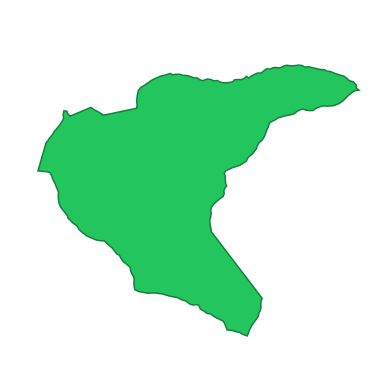 Tapejara, Paraná, Brazil, rotated 96°
{"feature_id": "56859067B72466518477153", "entity_name": "Tapejara", "entity_type": "district", "adm_level": 2, "iso_a3": "BRA", "parent_name": "Brazil", "parent_adm1": "Paraná", "projection": "natural_earth1", "projection_center": [-52.903, -23.641], "detail": "fine", "context": "isolated", "style": "filled", "palette": "green", "viewbox_px": 384, "rotation_deg": 96, "n_neighbors": 0, "source": "geoboundaries", "source_scale": "gbopen_adm2", "svg_char_len": 2962}
<svg xmlns="http://www.w3.org/2000/svg" viewBox="0 0 384 384"><g transform="rotate(96 192 192)"><path d="M329.4,122.1L326.0,121.0L323.2,120.5L318.2,118.4L311.6,114.6L308.7,113.1L305.5,112.8L302.9,111.8L300.5,111.3L293.9,112.0L290.4,111.1L253.2,146.2L234.4,164.0L229.8,168.4L221.5,170.8L218.1,171.4L214.8,170.8L210.7,170.7L207.7,171.5L204.8,170.9L202.0,169.2L199.6,167.2L196.1,163.9L193.2,160.6L190.3,159.8L187.7,160.5L184.6,159.6L182.3,158.1L179.6,159.6L172.8,160.6L170.0,161.8L167.5,160.8L163.8,154.7L161.7,150.0L160.5,147.2L157.6,143.7L155.7,141.1L153.3,140.5L151.1,139.3L149.4,137.3L146.9,135.3L142.2,132.4L139.9,132.2L136.2,130.6L133.2,127.8L130.3,126.3L127.3,125.2L122.1,124.0L119.5,122.9L116.7,122.5L114.6,121.6L111.1,116.2L109.4,114.3L108.1,111.1L106.9,108.4L105.0,102.2L103.4,98.4L100.9,96.0L99.1,93.3L97.9,90.1L98.7,87.5L98.8,83.9L98.3,80.1L95.8,77.3L94.0,74.0L92.6,70.3L92.5,66.2L91.3,60.1L88.9,55.4L86.8,52.6L84.3,50.3L81.4,48.0L79.5,46.5L77.5,44.2L75.0,41.8L73.9,39.5L73.3,36.6L71.3,39.6L68.4,39.9L65.6,43.0L64.8,47.4L62.7,49.9L60.8,53.3L60.1,58.1L59.0,62.6L57.7,67.2L57.8,70.1L56.4,73.6L56.8,76.8L56.4,80.0L55.9,84.4L55.2,89.5L56.0,92.4L54.7,95.9L54.6,99.2L55.3,101.9L56.1,106.1L56.1,111.3L57.5,114.6L59.4,117.5L59.4,120.9L59.7,123.9L61.6,127.1L61.7,130.6L63.8,133.1L66.4,135.6L66.8,139.2L68.4,141.9L70.2,144.7L72.7,147.7L71.2,150.0L73.4,151.8L75.1,154.7L75.3,157.9L75.9,161.3L78.3,163.3L79.3,167.0L80.1,171.7L79.8,175.4L78.5,178.3L79.2,182.1L78.1,185.2L78.1,188.7L80.2,193.2L79.5,196.1L78.0,198.8L78.3,202.3L77.3,205.6L76.7,209.5L76.9,213.3L76.2,216.3L76.6,220.1L77.4,223.4L76.4,226.0L77.9,229.5L79.1,232.4L80.1,235.6L81.8,238.3L84.5,243.1L87.8,246.9L91.3,251.0L93.3,253.8L96.7,256.0L100.8,256.4L104.4,256.6L107.7,256.5L111.3,255.7L114.5,255.8L124.8,287.8L121.8,294.4L120.7,297.4L118.4,301.4L129.3,321.1L127.3,323.6L124.7,324.9L124.7,327.9L128.6,328.2L132.6,327.4L136.7,329.2L140.0,331.2L144.0,333.7L146.2,335.4L149.1,336.5L153.6,339.6L156.2,340.8L158.4,342.3L187.1,347.4L187.1,343.5L187.0,338.9L187.4,335.6L190.5,333.2L193.4,332.0L195.6,330.7L198.2,329.0L201.1,327.5L205.9,324.8L209.7,324.6L213.8,324.0L218.4,322.5L221.0,320.8L223.6,318.4L225.9,316.0L228.7,313.4L230.9,312.7L232.9,310.0L235.4,307.1L236.6,304.9L237.9,302.7L241.2,300.4L243.7,296.8L246.5,292.5L247.9,288.5L248.8,285.3L249.7,282.4L250.0,278.4L249.8,274.3L251.6,271.6L254.3,268.2L256.2,265.3L258.7,263.1L261.6,260.1L262.5,257.6L265.1,256.0L268.6,252.9L271.3,248.5L273.5,245.6L276.8,244.8L279.6,243.3L282.7,241.0L285.2,240.4L289.4,240.2L292.5,239.5L295.2,238.7L296.6,234.3L296.9,228.8L297.4,225.7L296.7,222.0L296.3,218.0L296.4,211.3L297.7,204.2L298.2,199.9L298.4,196.1L299.4,193.3L300.6,189.8L300.9,187.0L303.7,182.4L304.3,179.1L303.4,175.0L304.8,172.8L307.6,171.5L309.0,168.0L311.2,164.2L311.3,160.6L313.2,157.7L314.9,153.7L317.2,147.3L321.7,144.6L325.5,142.7L325.5,137.3L326.3,133.5L326.8,129.7L328.2,126.9L329.4,122.1Z" fill="#22c55e" stroke="#15803d" stroke-width="1.5"/></g></svg>